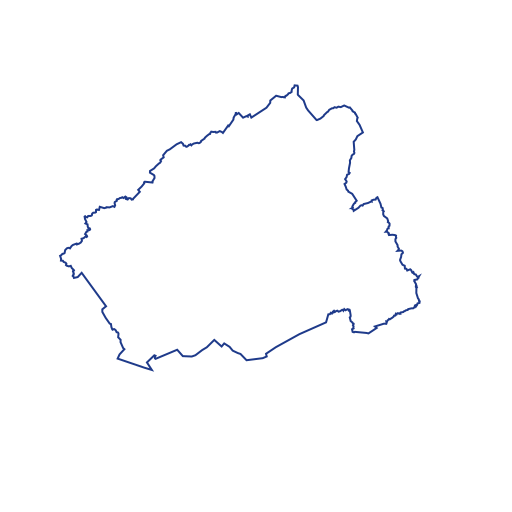 Libertador General San Martín, San Luis, Argentina (Robinson projection), rotated 226°
{"feature_id": "61730980B21399673280914", "entity_name": "Libertador General San Martín", "entity_type": "district", "adm_level": 2, "iso_a3": "ARG", "parent_name": "Argentina", "parent_adm1": "San Luis", "projection": "robinson", "projection_center": [-65.814, -32.574], "detail": "fine", "context": "isolated", "style": "outline", "palette": "blue", "viewbox_px": 512, "rotation_deg": 226, "n_neighbors": 0, "source": "geoboundaries", "source_scale": "gbopen_adm2", "svg_char_len": 6160}
<svg xmlns="http://www.w3.org/2000/svg" viewBox="0 0 512 512"><g transform="rotate(226 256 256)"><path d="M390.8,238.8L389.6,237.6L385.2,238.8L384.2,238.6L382.6,237.2L381.4,232.6L380.1,233.1L386.7,227.6L386.8,227.3L386.7,226.6L385.9,226.1L385.4,221.9L385.4,217.2L382.9,217.0L382.5,206.8L382.3,206.7L382.9,205.7L384.6,205.9L385.7,205.0L386.5,203.9L385.9,203.5L385.8,202.9L387.5,202.0L388.0,202.3L388.5,203.5L389.5,203.3L389.8,200.9L391.2,200.6L391.4,199.5L392.2,198.5L392.5,196.6L393.4,195.6L393.2,194.8L392.4,194.3L392.9,191.9L392.3,191.0L390.3,189.9L389.7,188.3L391.3,187.7L392.7,184.4L394.9,182.4L394.7,182.1L395.8,180.1L399.9,177.8L398.2,175.1L399.0,174.3L399.9,174.0L400.3,173.0L398.7,171.3L399.0,170.3L400.2,169.0L400.3,167.6L399.4,166.4L399.3,165.7L400.0,164.4L400.9,163.7L401.4,162.8L401.0,161.5L402.1,160.7L403.3,160.7L403.4,160.1L401.4,158.7L398.2,157.7L397.9,155.9L395.8,156.8L394.2,155.5L392.6,154.8L391.5,155.6L390.7,155.4L390.3,155.1L390.3,154.2L391.7,152.7L390.7,151.8L391.2,150.8L390.5,148.3L388.3,148.5L387.3,148.0L387.4,147.5L387.9,147.7L388.4,147.2L388.6,144.3L389.6,142.5L387.8,141.3L387.4,139.3L387.8,137.3L388.6,135.5L389.0,135.9L389.5,135.7L391.1,132.1L391.3,130.3L390.7,127.5L391.7,127.2L392.3,126.6L392.9,125.3L392.8,122.8L391.1,120.4L391.3,119.2L392.0,118.3L391.9,116.1L392.2,115.2L389.3,113.8L388.2,112.5L386.7,113.8L385.4,113.5L383.4,114.4L382.1,114.2L381.5,113.0L380.5,113.1L378.5,114.2L377.6,115.9L375.3,115.1L372.4,115.2L372.0,115.0L372.3,113.9L372.1,113.6L370.1,112.9L369.9,112.2L369.2,111.9L369.3,111.1L369.0,110.3L368.0,110.4L366.7,109.8L364.7,113.1L365.0,118.9L324.0,113.2L324.4,108.4L322.5,106.6L316.0,104.9L309.0,103.8L307.8,104.4L305.3,102.6L303.0,101.6L302.5,101.7L302.4,102.6L301.8,103.3L300.0,103.5L298.0,102.8L297.1,103.5L296.5,103.5L295.6,103.1L293.3,100.4L289.8,100.4L288.1,98.7L282.1,96.5L280.4,96.6L280.0,89.5L278.3,85.2L253.4,98.0L246.4,101.9L255.2,103.6L255.2,113.9L254.0,114.4L253.5,113.0L252.6,112.2L251.8,112.3L243.3,134.2L234.8,133.8L228.3,140.0L226.7,143.5L225.7,152.0L224.5,157.2L224.6,167.7L214.8,168.4L215.2,172.4L209.0,173.9L204.1,173.5L198.8,175.5L196.3,176.8L187.6,176.8L177.8,189.9L176.3,193.9L178.7,195.3L176.6,207.0L169.6,233.0L159.6,260.3L163.8,267.5L162.8,268.7L163.2,270.3L161.9,270.6L162.4,272.1L161.7,272.2L161.5,272.7L162.4,273.3L162.4,274.1L160.9,274.0L160.7,275.5L160.1,276.6L158.6,276.7L157.9,278.1L157.4,280.7L156.8,281.1L156.0,280.9L156.5,282.6L154.8,282.7L154.2,284.9L153.0,285.6L152.8,285.0L152.3,284.8L151.7,285.7L147.6,282.9L146.7,281.9L146.7,280.8L143.4,278.9L141.1,279.2L140.3,278.8L139.5,279.2L139.1,278.8L138.8,277.6L137.6,277.3L137.2,276.5L136.1,275.9L136.6,274.2L134.3,272.8L133.0,273.5L132.8,274.4L123.8,282.1L122.2,283.1L120.4,292.8L122.7,292.6L118.4,301.1L116.7,302.6L117.1,303.4L118.3,304.2L117.7,304.5L118.3,306.0L118.1,307.1L118.3,308.0L117.5,308.3L116.9,311.4L116.8,312.9L117.2,313.9L116.4,314.8L117.3,316.4L116.3,316.6L116.6,317.7L116.3,318.4L114.9,318.9L114.2,319.7L114.9,320.1L114.9,320.8L113.4,323.0L113.4,324.2L113.0,324.7L112.9,325.9L111.8,327.7L112.1,328.5L110.4,331.4L109.2,332.7L109.0,334.1L110.0,336.0L109.7,336.8L108.6,336.2L108.9,337.9L109.7,339.3L108.7,341.0L109.7,342.3L110.4,342.0L111.7,343.0L113.0,343.1L118.0,345.6L121.5,349.1L121.6,349.7L122.3,349.5L122.6,350.4L123.2,350.0L124.4,351.5L128.0,352.4L127.9,352.8L128.7,353.4L127.1,355.8L127.5,356.8L127.4,357.8L127.9,358.2L128.2,359.3L128.5,358.1L129.3,357.6L131.7,358.1L133.0,357.2L135.0,358.0L135.1,357.0L135.4,356.9L138.1,357.8L139.3,357.7L140.5,354.7L142.3,355.3L143.5,354.4L145.7,356.2L147.9,355.3L151.3,356.1L152.6,356.5L153.3,357.2L154.5,359.7L156.2,361.8L156.2,363.8L156.6,364.2L157.8,364.6L159.1,364.2L161.4,361.4L161.5,362.8L161.9,363.8L164.4,364.4L165.5,365.4L169.6,366.4L171.3,368.0L171.6,369.5L172.6,369.9L173.4,370.9L174.5,370.5L176.5,368.9L178.7,366.2L179.9,366.7L179.9,367.2L180.3,367.4L182.5,367.1L183.3,366.2L183.5,368.1L184.2,369.3L184.2,370.3L183.8,370.7L185.1,371.9L185.0,373.0L186.4,374.5L187.2,374.7L188.8,374.4L189.3,375.3L191.9,376.5L196.0,375.8L197.7,376.5L199.5,378.4L199.4,378.9L200.1,379.1L201.0,378.8L201.4,379.6L202.6,380.4L203.8,379.9L207.0,381.8L213.9,384.2L214.2,383.1L213.5,381.2L214.7,379.9L215.6,377.9L214.8,377.1L215.1,377.0L216.3,373.4L218.6,369.5L218.2,367.7L219.2,367.2L219.7,366.1L219.5,363.2L220.6,357.7L221.7,358.5L222.6,357.9L223.6,358.4L223.9,358.1L223.7,359.4L224.7,359.7L225.4,362.0L225.6,363.1L225.3,364.2L225.8,364.6L225.8,366.8L233.9,368.4L238.2,367.1L239.0,367.6L240.9,367.4L243.5,368.7L246.3,369.7L246.0,371.9L246.7,373.0L249.4,373.5L249.8,375.9L251.2,378.0L250.4,379.9L250.7,381.1L252.1,380.9L254.5,383.8L257.7,388.4L259.6,390.0L260.3,392.7L261.6,394.3L261.8,395.8L261.4,397.3L261.8,398.4L263.2,399.1L264.0,400.4L270.3,405.6L270.5,408.7L271.8,412.2L270.6,418.7L278.4,421.6L283.0,422.3L284.6,424.4L284.8,425.2L289.0,426.4L289.6,426.2L290.4,426.8L293.0,426.0L293.5,426.4L297.7,426.7L298.1,425.9L303.0,424.0L304.2,420.4L306.2,419.0L306.7,417.0L308.5,415.8L308.6,414.3L309.5,413.2L310.3,410.2L309.8,408.0L310.1,407.2L310.1,402.8L309.7,401.9L310.1,397.8L311.4,394.3L311.7,394.0L324.6,394.6L327.9,395.2L334.8,398.3L342.7,398.1L343.2,398.3L348.3,403.5L349.7,404.2L351.9,402.3L350.8,400.6L351.3,398.3L350.3,396.6L349.3,395.6L349.6,393.8L350.4,392.4L350.1,391.4L350.2,389.1L350.7,388.5L350.1,387.0L350.6,386.9L350.8,386.3L351.7,385.9L352.7,384.6L357.3,381.8L357.9,374.3L356.3,372.6L355.4,366.5L358.8,348.8L362.2,350.0L362.8,347.6L362.0,346.9L363.3,346.2L364.5,342.8L370.9,342.9L371.3,340.5L373.4,341.4L372.2,339.9L371.1,336.1L369.8,334.4L368.2,326.6L369.2,326.6L367.5,317.7L368.8,317.6L371.0,316.7L371.9,313.6L372.7,312.9L373.4,313.2L374.9,311.4L376.5,310.2L376.3,308.7L375.7,307.8L376.2,306.9L376.5,304.3L376.6,301.3L376.2,300.6L376.9,296.5L376.4,295.9L376.5,293.8L377.1,293.0L378.2,292.5L380.1,289.4L380.6,287.5L380.5,286.4L381.9,286.4L381.9,285.6L382.5,285.0L382.3,284.1L382.7,282.0L383.4,281.6L384.5,281.7L385.7,280.6L387.5,281.4L389.9,281.2L391.5,276.5L392.6,268.1L393.6,265.0L393.0,259.2L391.1,258.1L391.6,254.2L391.3,253.7L390.2,253.6L389.7,251.9L390.0,250.3L390.1,246.3L389.8,243.5L390.8,238.8Z" fill="none" stroke="#1e3a8a" stroke-width="2"/></g></svg>